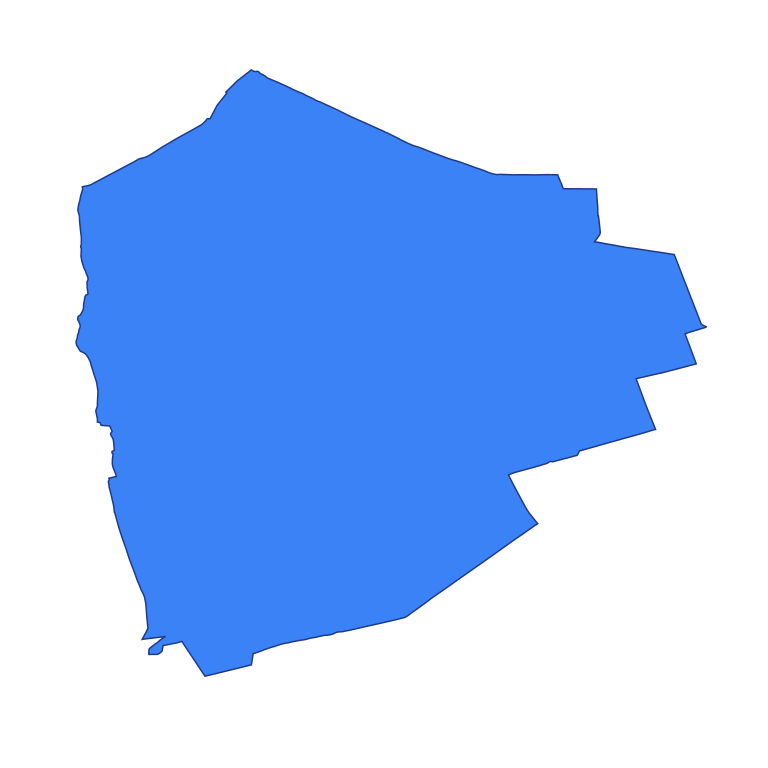 outline of Valea Seaca, Iasi, Romania, rotated 4°
{"feature_id": "2599482B61041984506388", "entity_name": "Valea Seaca", "entity_type": "district", "adm_level": 2, "iso_a3": "ROU", "parent_name": "Romania", "parent_adm1": "Iasi", "projection": "natural_earth1", "projection_center": [26.653, 47.286], "detail": "fine", "context": "isolated", "style": "filled", "palette": "blue", "viewbox_px": 768, "rotation_deg": 4, "n_neighbors": 0, "source": "geoboundaries", "source_scale": "gbopen_adm2", "svg_char_len": 5929}
<svg xmlns="http://www.w3.org/2000/svg" viewBox="0 0 768 768"><g transform="rotate(4 384 384)"><path d="M168.3,670.2L168.8,670.2L169.4,670.1L170.4,670.0L171.8,669.9L172.9,669.8L176.0,669.6L177.7,669.2L178.2,668.8L178.7,668.4L180.9,666.5L181.3,665.6L181.3,665.0L181.5,663.3L181.6,662.5L181.8,660.4L196.7,656.3L200.3,654.9L209.1,666.3L225.8,688.0L271.3,673.4L272.3,661.9L273.8,661.6L276.1,660.6L278.4,659.6L280.7,658.6L283.3,657.3L286.2,656.1L289.7,654.6L293.3,653.4L297.5,651.5L298.4,651.2L299.4,650.8L302.9,649.7L304.7,649.2L306.7,648.8L308.7,648.1L310.5,647.5L312.0,647.2L314.1,646.6L317.7,645.7L319.2,645.3L321.5,644.9L323.7,644.3L325.3,643.8L327.2,643.0L329.8,642.3L332.8,641.6L336.6,640.5L339.4,639.7L340.8,639.2L342.0,638.9L342.6,638.8L343.8,638.7L345.4,638.5L347.5,638.0L349.0,637.5L350.4,637.0L352.0,636.1L353.1,635.4L354.2,635.0L355.5,634.5L356.2,634.4L357.7,634.3L358.9,634.1L359.7,634.0L367.0,632.0L383.1,627.1L398.3,622.6L407.8,619.7L418.3,616.3L421.1,615.4L422.3,614.7L424.6,612.9L426.9,610.8L432.2,606.5L438.9,600.9L447.9,593.1L458.9,584.3L472.3,573.3L498.2,552.3L525.4,529.9L533.3,523.6L542.8,515.9L544.9,514.2L547.1,512.6L538.3,503.2L535.8,500.0L533.7,497.0L529.3,490.1L520.1,475.4L514.6,466.2L514.5,465.9L515.3,465.6L516.5,465.0L517.8,464.4L519.2,463.7L520.4,463.2L521.6,462.8L523.1,462.3L525.6,461.4L528.1,460.5L532.5,459.0L537.1,457.4L539.1,456.7L541.9,455.6L545.1,454.6L547.4,453.6L549.0,453.0L550.6,452.4L552.2,451.8L554.0,450.5L555.0,449.8L555.6,449.6L556.8,449.7L557.5,449.9L581.8,441.6L583.8,436.8L584.9,436.8L589.1,435.2L598.1,432.0L612.6,426.7L627.3,421.5L633.3,419.4L643.3,415.8L649.8,413.4L655.2,411.3L658.1,410.4L648.0,389.5L635.1,361.1L655.5,354.9L661.1,353.3L694.1,342.1L680.8,312.9L685.5,310.9L701.1,305.0L701.5,304.4L697.7,303.0L696.2,301.9L685.8,279.8L674.3,255.5L664.5,234.6L636.2,232.3L625.3,231.4L616.4,230.9L604.1,229.5L594.4,228.5L587.9,227.7L584.2,227.5L584.7,226.6L587.0,222.9L588.7,220.1L589.2,217.9L588.8,215.4L587.4,207.5L586.8,204.3L586.4,202.4L586.1,201.1L585.6,201.2L585.6,200.8L585.0,194.1L584.7,191.3L584.2,188.6L583.8,185.8L583.1,180.6L582.6,177.4L582.3,174.6L549.3,176.7L542.6,163.1L541.5,163.2L533.1,163.7L530.4,163.9L529.1,164.0L525.3,164.4L520.9,164.8L515.9,165.1L511.4,165.3L506.6,165.7L503.3,165.9L498.8,166.3L495.6,166.4L492.5,166.5L490.0,166.6L488.1,166.7L485.6,166.7L484.3,166.9L482.2,167.2L481.3,167.2L480.2,167.1L478.9,166.9L477.2,166.6L475.3,166.2L473.0,165.5L469.7,164.4L465.7,163.2L462.0,162.3L458.5,161.3L450.0,158.9L445.5,157.6L442.8,156.9L440.8,156.4L438.0,155.9L432.7,154.6L427.8,153.2L422.9,151.7L416.6,149.9L406.6,146.7L403.7,145.8L401.8,145.3L399.2,144.7L397.1,144.2L395.4,143.7L390.3,141.9L384.8,139.7L379.5,137.3L370.9,133.8L369.2,133.1L367.9,132.9L366.4,132.0L362.0,130.5L359.4,129.5L357.9,128.9L349.4,125.8L338.9,122.0L335.3,120.7L330.9,119.0L325.5,116.8L321.2,115.0L318.7,113.9L316.5,113.1L314.0,112.2L310.3,110.7L306.9,109.5L302.0,107.6L298.8,106.6L296.4,105.9L295.1,105.2L292.8,104.1L288.4,102.4L286.6,101.8L285.2,101.1L283.5,100.3L281.6,99.6L277.0,98.1L274.5,97.2L273.0,96.7L270.8,95.7L268.3,94.7L264.2,93.1L263.1,92.7L257.0,90.5L251.5,88.6L245.9,86.7L245.2,86.1L244.5,85.4L243.1,84.7L241.3,83.8L240.0,83.3L238.8,82.7L237.2,81.4L236.2,80.9L235.0,81.1L233.5,81.3L232.4,81.1L231.1,80.6L229.7,80.0L220.1,88.6L216.4,91.9L205.9,103.9L206.9,104.8L198.1,117.6L194.3,126.2L192.0,131.4L190.6,131.6L189.3,131.7L188.1,133.3L184.9,137.3L173.2,145.2L170.4,146.9L159.9,153.7L145.7,163.5L133.3,172.8L129.7,174.6L126.6,175.6L123.6,176.7L119.3,179.7L108.0,186.7L101.1,191.0L91.9,196.7L87.0,199.8L83.1,202.2L77.2,205.9L74.3,206.9L73.3,207.2L72.3,207.5L71.4,207.7L70.1,208.0L69.2,208.4L69.2,208.6L69.3,208.8L69.8,210.4L69.5,212.6L68.9,214.6L68.8,215.0L68.3,217.5L68.1,219.1L68.0,220.1L67.6,222.9L67.5,223.4L66.9,226.6L66.6,228.2L66.5,229.6L66.5,231.2L66.5,232.1L67.2,234.4L67.8,235.8L68.2,236.9L68.6,239.0L68.7,240.4L68.8,241.5L69.2,244.2L69.8,247.7L70.3,250.6L71.1,254.9L71.4,256.5L71.9,259.1L72.1,262.3L72.2,264.6L72.3,266.1L71.9,267.3L71.9,268.5L72.2,269.3L72.6,269.6L72.7,272.0L72.8,277.9L73.2,279.2L73.5,280.5L74.1,282.9L75.4,286.2L76.5,289.0L77.7,291.1L78.4,292.2L79.1,294.2L80.2,296.4L81.1,298.2L81.5,299.9L81.3,301.1L80.6,302.8L80.9,305.6L81.2,308.8L81.9,311.9L82.4,314.5L82.1,315.4L80.6,315.9L79.7,317.3L79.6,318.3L78.8,325.3L78.9,329.5L78.3,332.1L77.2,334.4L76.3,336.4L75.1,337.1L74.1,338.1L73.9,339.9L74.0,341.3L75.0,342.7L76.7,346.1L76.9,348.7L76.1,350.5L75.7,354.4L75.0,356.2L74.7,360.0L74.1,361.9L73.9,364.1L74.6,366.6L77.0,370.0L78.7,372.4L81.4,373.4L83.3,374.2L85.2,375.9L87.3,378.6L89.6,382.7L90.5,385.5L92.9,391.6L94.6,396.0L95.4,398.0L96.3,400.1L97.2,402.4L99.2,411.2L99.4,421.9L99.6,426.4L98.8,428.9L98.4,431.1L99.7,435.8L100.6,439.1L100.7,442.0L101.7,442.0L103.4,442.3L104.7,445.0L113.2,445.0L114.2,446.6L115.4,448.9L115.7,449.2L116.0,450.3L114.7,452.4L115.1,453.8L116.3,455.8L117.6,457.9L118.2,460.0L118.8,463.8L119.5,468.2L119.4,468.8L119.3,469.3L118.2,469.8L117.8,470.0L117.4,470.3L117.4,471.0L117.7,472.1L117.9,472.5L118.7,472.9L118.3,477.7L118.4,480.2L118.6,483.1L119.7,486.5L121.3,489.8L122.8,492.9L123.4,494.9L116.2,497.1L116.7,498.4L115.8,500.5L116.5,503.4L116.8,504.8L117.1,506.4L117.4,507.2L117.7,507.9L118.1,509.3L119.6,513.8L121.2,519.1L123.0,525.0L123.9,530.6L124.6,531.7L126.8,538.0L129.4,545.5L130.8,549.0L133.9,556.6L136.4,562.3L137.4,564.4L138.1,566.1L142.2,576.4L146.9,586.5L149.1,591.5L150.5,594.6L152.2,598.5L152.9,599.6L156.2,606.5L158.2,609.8L159.2,611.6L160.1,613.7L160.7,616.0L161.6,619.4L162.1,622.3L162.8,627.0L163.3,630.6L163.7,633.3L164.3,636.7L164.9,640.7L165.6,643.4L165.4,644.5L165.0,645.5L164.5,646.8L163.8,648.6L163.0,650.1L162.3,652.0L161.6,653.4L161.0,654.6L160.6,655.6L160.9,655.5L183.7,651.1L181.8,652.3L180.1,653.7L178.4,655.2L175.9,657.8L173.9,659.3L172.7,660.4L171.1,661.8L169.5,663.2L168.3,664.6L168.1,665.5L168.1,667.7L168.1,668.0L168.3,670.2Z" fill="#3b82f6" stroke="#1e3a8a" stroke-width="1.5"/></g></svg>